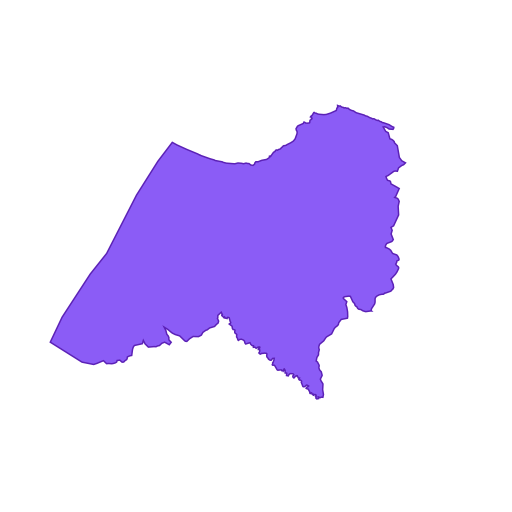 Shama, Western, Ghana (orthographic projection), rotated 212°
{"feature_id": "2480657B99130964172058", "entity_name": "Shama", "entity_type": "district", "adm_level": 2, "iso_a3": "GHA", "parent_name": "Ghana", "parent_adm1": "Western", "projection": "orthographic", "projection_center": [-1.669, 5.06], "detail": "fine", "context": "isolated", "style": "filled", "palette": "violet", "viewbox_px": 512, "rotation_deg": 212, "n_neighbors": 0, "source": "geoboundaries", "source_scale": "gbopen_adm2", "svg_char_len": 6152}
<svg xmlns="http://www.w3.org/2000/svg" viewBox="0 0 512 512"><g transform="rotate(212 256 256)"><path d="M384.8,73.9L347.3,73.8L336.2,78.0L334.1,80.5L329.9,86.4L325.7,85.5L323.9,86.8L321.2,88.2L319.9,89.4L318.7,90.8L318.0,92.2L318.4,93.8L316.3,95.5L313.4,95.0L312.5,95.5L311.9,96.3L311.7,97.6L310.8,99.6L310.9,100.6L311.6,102.3L310.1,104.5L308.7,105.8L311.2,111.3L311.8,113.6L311.8,115.0L311.6,115.8L305.9,121.4L306.8,124.7L303.5,122.7L299.0,121.7L294.5,125.1L292.7,126.1L291.8,127.6L290.4,128.9L289.6,132.1L287.8,134.5L282.5,134.8L282.2,137.9L285.3,138.7L286.1,139.6L286.5,140.5L287.9,141.6L290.2,142.4L292.9,145.0L296.2,147.0L291.8,147.0L286.9,146.3L285.6,146.3L282.8,146.6L278.4,147.8L271.5,146.3L270.7,146.3L269.4,146.9L268.5,150.6L266.7,154.4L262.1,157.1L261.0,158.9L260.4,160.0L260.6,163.0L259.2,166.4L258.3,167.4L257.2,170.4L253.8,174.3L253.3,177.0L252.6,179.1L253.2,181.0L255.6,182.6L255.7,183.4L256.9,185.4L255.7,189.9L253.5,188.5L253.8,188.0L253.4,187.3L252.7,187.3L250.5,186.7L250.3,187.6L249.2,186.9L248.6,187.4L247.4,187.6L247.6,188.7L247.4,189.1L246.0,189.4L243.2,186.8L242.3,186.4L242.0,185.3L242.7,184.4L242.7,184.1L239.3,183.8L238.9,183.6L237.8,182.2L236.5,181.5L234.9,182.1L234.2,181.5L234.0,180.6L233.2,179.6L230.8,179.3L229.6,177.1L228.0,176.3L227.0,175.3L226.2,175.1L225.6,176.6L224.3,177.7L222.4,178.0L221.5,178.0L220.6,177.6L219.2,176.3L218.1,175.9L215.2,179.3L213.6,178.3L212.0,178.0L211.3,178.1L210.6,178.6L209.8,177.2L208.6,178.1L207.0,177.8L205.9,180.0L204.7,180.8L204.4,180.7L204.3,180.4L204.8,179.9L204.7,178.2L204.5,177.9L204.2,178.1L203.7,178.9L202.8,177.9L202.1,176.4L202.2,175.3L200.5,175.0L200.1,175.3L199.4,176.7L198.7,176.9L197.4,178.1L195.5,179.0L194.8,178.7L194.1,177.1L193.3,176.2L190.9,175.4L190.7,175.1L188.9,175.1L187.9,175.6L187.6,178.0L186.3,178.9L185.5,176.8L185.4,175.8L185.1,175.2L185.3,174.3L184.9,173.9L184.6,172.4L184.1,172.2L182.7,173.0L181.9,172.9L177.8,170.7L177.0,170.7L174.3,172.8L173.3,172.4L172.7,173.2L171.9,172.7L171.8,173.5L172.4,174.8L172.2,175.2L170.7,174.5L169.8,172.9L169.2,172.2L168.5,172.8L167.8,172.9L166.8,170.8L165.1,171.4L165.2,173.2L164.6,174.4L162.3,175.7L161.2,175.5L161.0,175.2L161.2,173.7L160.5,172.9L159.4,172.6L158.9,173.2L159.0,174.5L158.4,175.7L157.9,176.3L157.5,176.3L157.2,175.7L156.1,175.5L155.5,175.0L154.4,175.5L154.3,174.1L153.4,173.8L152.7,174.3L151.3,174.2L150.8,173.7L150.7,172.9L147.1,170.2L146.5,170.2L145.4,171.1L144.8,173.3L144.0,173.6L142.5,173.7L142.4,173.2L143.2,172.1L143.4,170.4L142.4,170.4L141.2,170.8L138.4,169.2L137.6,168.2L137.1,168.1L136.6,169.3L136.3,169.4L135.8,169.2L135.2,168.5L134.5,168.6L134.1,169.1L133.5,168.3L133.2,168.5L133.0,169.4L132.5,169.9L131.6,170.0L131.1,169.6L131.2,168.6L130.3,168.5L130.2,168.3L130.1,167.3L128.7,167.0L127.4,168.2L128.6,169.5L128.1,169.7L126.6,169.7L125.8,170.9L124.4,171.6L125.4,174.3L128.6,177.9L131.2,182.6L131.6,183.1L134.9,184.7L136.2,185.7L136.6,189.7L136.9,190.1L139.3,192.4L141.5,193.0L143.0,194.1L143.8,195.0L144.1,196.2L144.7,196.9L147.7,198.7L149.3,198.8L150.6,202.2L150.6,205.2L151.3,206.5L151.7,206.9L152.7,210.1L154.1,211.3L154.8,212.7L155.3,214.8L153.6,219.9L153.5,223.6L153.3,224.8L150.6,230.0L151.2,236.0L150.9,237.7L150.1,239.7L149.8,241.4L150.5,243.3L150.1,247.4L145.5,251.7L146.1,253.2L148.7,257.1L151.6,260.4L154.1,262.5L154.8,265.4L159.1,266.2L159.8,266.6L159.7,267.7L159.1,268.6L156.1,271.1L154.6,271.8L149.6,268.5L147.2,267.9L145.9,266.7L145.1,266.4L143.4,266.3L142.1,265.5L140.8,265.3L138.5,266.2L136.6,266.1L134.2,266.7L133.4,267.0L129.6,270.2L128.9,270.6L129.4,270.7L130.1,272.4L130.0,278.3L130.6,280.0L132.4,282.9L132.7,284.3L132.2,286.2L130.9,288.4L129.4,289.9L127.5,291.3L127.3,292.6L126.7,293.0L123.2,297.4L122.8,298.4L122.7,300.2L122.4,300.4L122.6,302.2L124.5,304.5L129.4,308.1L128.1,314.4L128.0,317.1L128.4,320.8L128.8,321.7L129.5,322.2L131.9,322.5L133.2,323.2L133.3,325.1L133.9,326.3L133.7,326.8L132.8,328.0L132.8,328.7L133.5,329.6L135.4,330.9L137.2,331.5L141.2,330.6L142.1,330.8L144.7,332.2L146.7,332.5L150.1,332.2L150.7,331.8L151.3,332.5L151.8,334.1L151.7,336.0L148.6,340.1L148.3,341.1L148.3,342.7L153.1,346.3L154.1,349.9L156.7,351.8L155.3,354.5L156.8,366.4L161.8,373.5L163.5,378.2L165.6,379.6L166.9,379.8L169.4,379.2L169.1,380.6L170.3,389.1L179.8,388.7L181.3,390.3L182.2,390.6L184.6,389.9L186.7,391.2L187.9,392.3L186.6,394.3L183.9,401.0L182.7,402.0L181.0,402.8L181.8,406.3L180.3,410.1L179.2,411.6L178.6,414.2L182.9,414.0L186.6,415.5L194.6,424.4L198.6,425.4L199.5,426.3L201.1,426.7L202.8,426.8L204.5,426.3L209.2,430.6L212.0,430.4L216.5,432.8L215.4,433.8L212.8,434.3L210.4,434.2L206.9,436.0L207.0,437.7L207.4,438.2L209.0,437.9L212.8,437.9L218.4,436.6L219.6,436.1L220.9,436.2L222.2,435.8L224.4,435.9L224.8,435.3L226.1,435.0L228.7,434.9L230.0,434.0L230.8,434.1L232.9,433.6L235.6,433.5L237.7,432.8L238.7,432.9L247.0,430.6L250.2,430.7L252.0,430.1L254.5,429.8L256.0,430.2L256.6,430.0L257.0,429.4L258.0,429.3L259.0,429.0L259.8,428.2L260.6,428.3L262.3,427.7L264.2,427.9L264.8,427.2L266.6,426.9L265.4,425.2L265.8,424.3L265.0,422.0L268.5,416.7L271.4,413.3L273.4,411.8L278.1,409.4L279.7,409.0L280.6,409.0L281.4,408.5L282.8,408.6L283.0,408.3L283.0,406.6L282.9,406.1L283.0,404.8L283.5,403.6L283.5,402.8L282.4,403.1L282.1,402.4L281.7,402.5L281.4,402.3L281.3,401.6L282.1,399.7L281.1,397.5L281.2,397.2L282.6,396.0L284.2,395.1L285.7,395.2L286.3,395.0L286.1,393.5L289.3,388.8L289.6,387.9L289.5,385.1L288.4,384.0L287.5,383.6L286.7,382.8L286.0,381.3L284.9,376.1L285.2,373.3L286.6,370.3L288.8,366.8L288.9,366.2L290.0,364.9L290.9,364.3L291.3,363.5L291.4,362.4L291.9,361.4L291.9,360.2L292.5,359.1L293.4,358.2L293.8,357.1L294.7,356.9L295.4,356.0L295.3,354.6L296.1,353.3L296.4,348.1L297.1,348.2L297.5,347.7L297.0,347.1L297.0,346.1L298.2,343.5L301.8,340.2L304.2,337.0L306.1,335.8L306.3,334.1L305.9,333.3L306.5,331.3L308.6,330.4L310.9,330.7L312.2,330.0L313.7,329.5L315.5,327.6L317.3,327.0L320.6,325.3L322.9,322.9L330.4,319.0L333.6,318.0L334.5,318.0L341.3,315.3L342.4,315.3L346.5,314.1L356.9,311.8L357.1,312.0L358.0,311.7L359.2,311.7L371.2,309.7L381.8,308.3L387.2,308.0L389.4,284.3L389.6,244.3L384.0,179.0L387.0,152.9L388.0,101.4L384.8,73.9Z" fill="#8b5cf6" stroke="#5b21b6" stroke-width="1.5"/></g></svg>